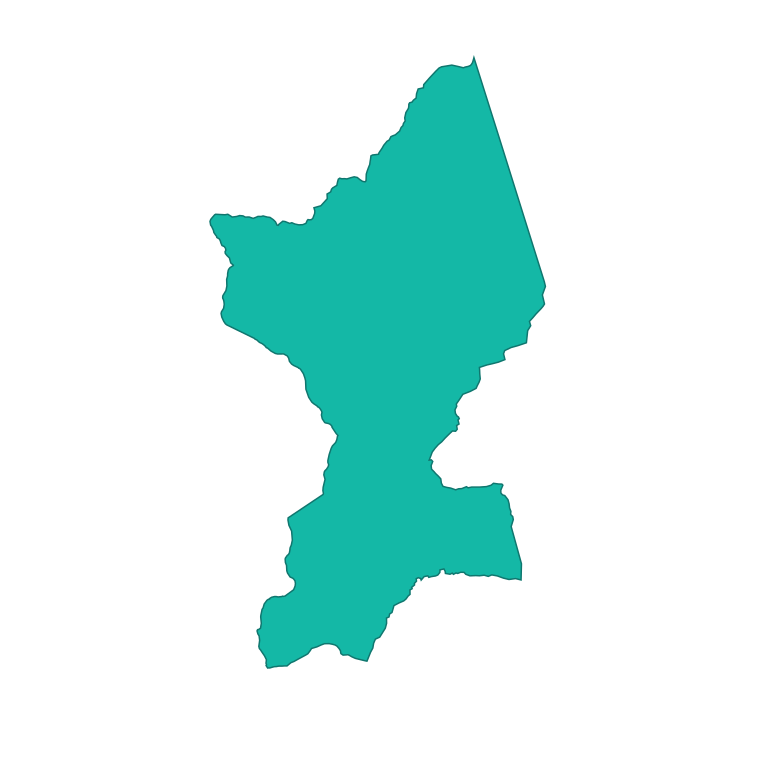 Kerowagi District, Chimbu, Papua New Guinea (Mercator projection), rotated 328°
{"feature_id": "67681753B87075693473901", "entity_name": "Kerowagi District", "entity_type": "district", "adm_level": 2, "iso_a3": "PNG", "parent_name": "Papua New Guinea", "parent_adm1": "Chimbu", "projection": "mercator", "projection_center": [144.832, -5.936], "detail": "fine", "context": "isolated", "style": "filled", "palette": "teal", "viewbox_px": 768, "rotation_deg": 328, "n_neighbors": 0, "source": "geoboundaries", "source_scale": "gbopen_adm2", "svg_char_len": 5895}
<svg xmlns="http://www.w3.org/2000/svg" viewBox="0 0 768 768"><g transform="rotate(328 384 384)"><path d="M222.7,610.0L226.7,607.1L230.4,604.4L234.6,602.0L237.9,598.3L241.5,595.8L246.2,596.4L255.7,591.8L259.4,588.3L262.1,583.8L264.8,584.2L266.9,582.0L269.7,582.0L275.0,577.2L280.5,577.6L285.8,578.4L288.7,578.0L292.1,576.6L294.6,576.2L296.9,572.4L299.4,572.5L299.7,571.1L303.4,570.6L304.1,569.2L307.1,568.4L308.1,566.2L310.4,566.4L312.0,568.3L311.6,570.0L316.0,568.6L319.5,569.9L319.5,571.7L322.0,572.4L326.0,574.1L328.4,574.5L331.5,573.4L333.0,571.3L336.8,572.6L336.6,575.3L335.7,577.2L339.2,580.3L341.7,580.6L342.0,582.2L344.9,582.4L346.1,583.7L349.3,584.3L352.1,586.2L352.5,588.7L355.2,592.2L360.3,595.1L363.3,597.2L367.6,599.2L370.5,602.4L374.2,603.0L378.4,606.8L382.4,611.9L386.4,616.0L392.4,618.7L396.4,622.8L405.3,609.3L416.3,572.3L421.8,567.5L422.0,567.0L422.9,564.7L422.3,561.7L424.1,559.3L424.8,555.7L426.6,551.9L427.8,547.9L427.3,542.6L425.7,540.8L425.4,538.3L426.8,535.9L431.2,532.8L430.9,531.3L428.4,529.7L424.2,526.2L421.2,526.6L416.5,525.3L410.5,522.1L406.5,519.6L403.8,517.9L400.3,516.6L399.5,514.8L394.5,513.9L391.8,512.4L388.7,511.7L385.4,507.6L382.5,505.0L379.8,502.1L380.1,498.5L381.9,494.5L381.2,490.7L380.3,487.2L380.0,485.0L379.2,481.5L380.7,478.2L384.3,475.5L383.9,473.4L382.0,472.5L386.5,469.1L388.8,467.3L393.1,465.6L397.9,464.2L402.3,463.6L407.3,462.2L413.1,460.9L417.1,460.1L419.7,462.0L422.1,461.2L423.6,457.7L426.4,457.7L427.7,453.7L429.4,453.3L429.7,451.5L429.0,449.9L429.0,446.8L430.5,443.5L433.9,441.4L434.7,439.3L439.6,437.2L445.4,434.5L453.3,436.0L459.8,436.5L462.3,434.8L465.5,432.9L468.3,430.7L470.5,426.3L472.5,422.8L473.7,420.5L481.4,422.4L486.6,424.2L492.6,426.1L499.5,427.4L501.4,421.7L504.1,419.6L511.1,420.4L517.8,422.4L526.6,424.5L534.1,414.9L539.3,412.3L540.5,408.0L545.8,406.5L550.2,405.1L557.3,403.3L560.3,402.3L562.5,401.2L565.5,392.4L572.6,386.8L574.2,382.1L589.7,322.5L611.8,237.7L633.2,154.9L630.7,157.2L629.3,158.4L627.4,159.3L626.1,159.7L623.7,159.3L620.7,158.2L618.9,157.9L615.0,153.9L610.5,149.5L600.9,145.5L598.1,145.2L593.6,146.2L584.7,148.6L576.4,151.1L574.4,153.7L569.3,151.9L565.4,155.1L562.8,158.5L559.4,158.9L557.1,159.8L554.8,159.1L553.4,159.8L552.4,161.3L550.9,163.1L546.4,165.4L542.6,169.3L541.3,172.2L538.6,173.3L537.0,174.9L534.5,175.5L531.3,177.8L525.7,178.7L522.6,178.1L520.9,177.9L517.8,179.8L515.1,179.8L510.3,181.4L507.4,183.0L503.5,184.7L502.2,185.3L501.1,186.3L495.6,183.7L493.8,183.6L491.8,186.1L490.2,187.9L488.2,190.3L485.7,192.1L482.6,194.5L480.2,196.6L476.5,202.1L475.1,202.5L473.2,200.8L471.9,198.0L470.8,194.7L468.5,192.5L465.0,191.4L461.2,190.4L459.3,188.9L457.0,187.6L455.5,186.0L453.8,186.1L451.7,188.0L449.2,190.6L444.6,190.5L442.7,191.0L440.6,192.8L438.3,192.8L436.4,192.7L434.1,196.8L428.8,198.3L424.9,199.4L418.0,197.4L417.6,198.7L417.0,200.7L415.5,202.7L411.4,205.8L409.5,206.1L407.6,205.2L406.7,204.3L405.6,204.6L402.9,206.4L399.5,205.8L396.1,203.9L393.2,201.1L391.3,198.4L389.1,197.8L386.2,193.8L384.4,192.3L379.3,192.9L378.4,193.4L377.5,192.6L377.9,189.0L377.2,186.0L375.6,182.3L373.4,180.5L370.5,177.4L369.4,177.1L368.4,176.7L366.0,175.1L363.8,174.8L360.8,174.2L358.2,171.0L354.8,168.9L353.5,166.7L350.9,164.7L347.7,163.8L343.8,162.0L341.5,157.3L338.8,156.2L331.1,150.8L329.9,150.8L328.4,151.3L326.9,151.7L324.3,152.6L322.6,153.9L321.2,157.3L321.3,159.1L320.8,163.2L320.0,165.4L320.1,168.3L320.3,169.9L319.9,171.2L321.2,173.7L321.1,175.6L320.8,176.7L320.4,178.1L320.0,180.7L321.4,182.9L321.5,184.9L320.8,186.7L319.3,187.6L318.6,189.2L318.9,191.9L319.7,195.2L318.2,200.1L319.4,204.0L319.1,203.7L318.0,203.7L315.1,203.7L313.1,204.4L312.1,205.1L309.9,207.5L308.6,209.5L306.0,211.9L302.7,217.6L299.5,221.0L294.2,223.7L293.2,224.8L292.6,226.1L292.6,227.1L292.0,229.1L290.7,231.8L288.1,234.8L284.5,236.6L283.2,237.9L281.9,241.3L281.3,245.9L281.4,248.9L282.0,250.6L298.3,276.7L298.4,277.7L299.4,279.0L300.4,282.6L302.1,285.3L303.2,288.3L303.5,290.9L304.2,291.6L305.6,296.2L308.0,300.5L309.7,302.2L314.8,305.3L316.9,309.0L316.8,311.7L315.8,314.7L316.2,318.1L317.2,320.4L320.0,324.7L320.0,325.3L320.6,326.0L321.0,327.3L321.1,332.6L320.1,337.0L319.2,339.7L315.0,347.1L313.1,355.4L313.2,361.1L313.9,363.4L315.6,367.1L315.6,368.1L316.3,369.1L316.7,370.7L316.7,373.7L316.4,375.1L314.5,377.1L313.2,380.8L313.3,385.1L313.6,385.8L316.0,388.1L317.0,389.7L317.3,391.0L317.4,392.7L317.0,393.1L317.2,400.7L317.7,403.2L316.9,403.6L314.6,406.1L312.3,407.8L311.6,408.1L307.4,409.2L305.1,410.6L300.2,414.7L295.9,419.1L294.9,420.7L294.3,423.1L293.0,424.4L290.1,425.8L288.1,426.2L286.8,426.9L284.8,429.2L283.5,433.6L277.7,439.3L275.7,442.0L274.7,444.6L273.8,445.4L231.8,446.7L230.5,448.4L228.5,453.4L227.7,459.8L223.5,467.9L219.9,471.6L217.9,472.9L216.6,474.3L216.6,474.6L214.0,477.3L212.4,478.0L211.1,478.1L208.1,479.4L207.4,480.1L205.8,483.1L205.2,486.2L202.6,490.9L202.0,493.2L202.1,497.9L203.8,500.5L204.1,501.8L204.2,503.8L203.2,506.2L201.6,508.2L198.3,510.6L187.7,511.4L186.1,510.8L185.4,510.1L184.7,510.1L181.4,508.5L180.0,507.2L178.4,506.2L175.7,505.3L173.4,505.3L173.1,505.7L172.4,505.7L172.0,505.3L170.1,505.4L165.8,507.1L162.8,509.8L161.2,510.5L157.0,514.9L156.0,516.2L153.1,522.0L149.8,525.7L147.2,525.7L146.9,525.4L146.5,525.4L145.5,526.1L144.6,529.1L144.6,531.4L142.7,535.5L138.8,540.2L138.1,542.4L138.4,544.1L138.4,546.1L138.6,551.2L138.2,555.4L137.0,557.0L136.0,558.2L135.6,559.8L134.8,560.3L134.8,563.2L135.7,563.6L136.7,564.3L139.3,565.0L141.2,565.6L143.0,566.6L145.3,567.5L148.2,569.3L150.1,570.3L152.4,571.7L157.4,571.0L160.6,571.6L164.9,571.8L171.2,572.2L174.5,572.4L176.5,572.4L180.1,571.0L182.4,569.9L187.9,571.4L192.5,572.0L195.9,572.7L199.9,575.1L202.3,577.3L204.2,579.4L205.2,581.3L205.7,584.5L205.7,587.2L205.0,588.7L204.6,589.8L205.6,592.2L208.2,593.6L210.0,594.5L210.8,595.7L212.1,598.2L214.3,601.5L217.5,604.8L221.4,608.8L222.7,610.0Z" fill="#14b8a6" stroke="#0f766e" stroke-width="1.5"/></g></svg>